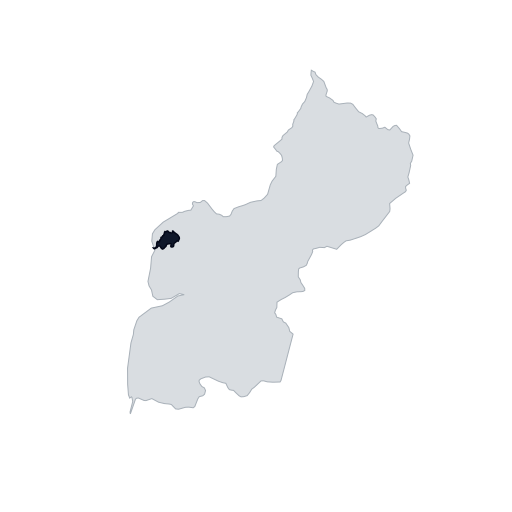 VI-1 East Berbice/W.Canje, East Berbice-Corentyne, Guyana (highlighted), rotated 233°
{"feature_id": "73187651B47242148474539", "entity_name": "VI-1 East Berbice/W.Canje", "entity_type": "district", "adm_level": 2, "iso_a3": "GUY", "parent_name": "Guyana", "parent_adm1": "East Berbice-Corentyne", "projection": "robinson", "projection_center": [-57.533, 6.069], "detail": "fine", "context": "in_parent", "style": "filled", "palette": "ink", "viewbox_px": 512, "rotation_deg": 233, "n_neighbors": 0, "source": "geoboundaries", "source_scale": "gbopen_adm2", "svg_char_len": 5661}
<svg xmlns="http://www.w3.org/2000/svg" viewBox="0 0 512 512"><g transform="rotate(233 256 256)"><path d="M171.3,238.6L161.4,226.1L151.4,213.5L141.6,201.1L140.9,199.4L145.0,193.6L148.7,189.3L151.8,186.9L153.2,184.8L152.2,175.7L152.2,172.4L150.8,168.9L149.8,164.9L151.0,161.6L152.5,159.3L154.4,158.4L159.0,157.6L162.2,157.2L163.4,155.9L165.3,154.3L167.7,154.3L172.5,155.3L174.7,153.3L178.7,150.6L187.7,145.9L189.7,142.9L191.1,138.1L191.0,135.9L190.1,135.0L187.8,134.3L184.4,134.2L181.7,135.4L178.9,134.7L176.6,131.8L176.4,129.4L177.8,126.0L177.0,123.7L172.6,116.5L172.6,114.5L175.8,111.3L177.7,108.5L180.2,102.0L182.2,99.8L188.4,99.0L190.0,97.6L193.2,94.1L197.9,90.2L204.8,87.0L206.7,81.2L207.9,79.7L213.4,76.6L214.3,75.0L214.2,73.6L205.5,60.6L207.2,61.5L214.0,70.0L217.7,71.8L218.5,71.8L218.5,69.6L221.9,70.6L230.8,76.3L243.7,85.9L261.9,103.9L267.1,110.8L270.6,114.0L276.0,121.9L277.5,125.7L277.4,141.0L272.6,151.3L271.4,159.1L271.1,169.5L268.3,175.4L272.1,172.2L273.2,162.8L276.4,157.2L280.5,150.9L285.9,149.4L291.8,152.1L296.5,152.6L300.7,154.4L309.6,164.4L318.3,172.2L321.4,178.6L330.6,181.7L336.1,186.7L337.8,191.0L338.9,202.3L337.1,219.3L337.6,220.2L335.1,223.6L334.7,225.7L333.1,229.5L331.8,231.5L333.7,236.2L335.7,236.5L336.5,237.1L337.0,238.0L336.9,239.0L336.1,239.9L334.1,241.0L332.3,243.7L332.4,246.7L331.2,248.3L327.4,249.1L320.0,249.1L316.3,249.3L313.4,249.8L311.5,251.8L309.1,253.1L307.1,253.5L305.4,255.7L303.8,258.9L304.3,261.1L306.1,264.0L307.1,267.0L305.7,271.9L304.3,275.6L303.4,278.4L302.2,283.9L299.4,290.0L297.3,293.4L297.3,297.1L298.3,302.4L304.2,310.2L306.1,313.9L307.7,319.8L313.0,324.4L316.3,328.2L316.0,333.2L316.4,334.7L318.5,336.0L321.0,337.0L323.8,336.9L326.2,336.5L326.8,335.8L332.5,335.7L333.2,336.9L333.5,344.1L333.7,347.0L335.1,348.2L335.9,349.9L336.0,351.5L336.2,355.6L337.1,357.7L336.9,361.9L337.5,363.5L339.1,364.6L341.1,367.7L341.9,368.0L342.2,369.1L344.0,373.5L344.8,374.8L345.4,375.0L345.7,376.5L346.9,380.6L347.8,381.6L349.4,384.6L350.0,387.9L352.1,391.6L354.3,394.2L355.3,396.8L358.0,402.8L360.7,407.0L364.3,408.0L367.3,408.6L369.2,410.2L371.1,412.0L369.1,412.8L367.3,413.8L364.8,413.0L361.4,413.4L357.8,414.6L354.5,415.2L348.2,413.3L346.3,413.1L345.0,412.3L342.4,408.6L341.2,408.1L337.9,409.9L333.9,411.1L331.9,410.8L329.6,412.1L327.4,413.7L323.3,420.9L321.2,423.5L318.9,424.6L314.3,424.6L309.4,424.8L305.8,426.6L302.4,427.5L300.7,427.6L300.1,431.5L299.3,433.4L298.2,434.4L295.6,434.7L293.2,434.6L291.7,432.9L289.0,432.1L286.6,431.5L285.1,430.6L283.9,430.8L282.8,432.5L282.0,433.9L281.3,436.4L277.6,437.3L276.1,438.7L277.0,443.6L276.6,445.5L275.8,446.9L271.4,447.2L267.7,447.1L265.6,448.9L262.9,451.0L261.3,451.4L259.3,451.2L256.8,448.8L254.4,445.9L248.2,443.8L242.0,442.1L238.0,437.4L237.1,435.0L235.2,434.0L230.4,428.4L227.7,424.8L224.9,423.9L221.6,422.4L221.7,419.8L221.5,417.3L220.1,416.3L218.1,415.6L217.4,414.2L217.6,410.9L218.0,402.4L217.5,394.3L213.1,391.5L211.1,389.6L207.8,377.6L206.2,372.2L206.2,368.2L207.3,356.2L208.5,351.0L212.0,340.7L213.9,337.1L214.0,334.5L213.8,331.1L212.8,324.5L218.6,320.3L221.1,318.5L221.5,315.7L224.6,312.1L225.9,308.7L227.1,306.1L226.8,304.7L225.4,303.9L223.8,301.3L220.5,294.0L219.3,292.5L218.3,290.5L218.8,287.2L220.1,283.7L220.0,282.3L218.0,280.4L213.9,277.2L210.4,277.0L207.8,275.9L203.9,275.7L200.8,275.4L199.1,274.2L199.4,272.3L200.2,270.8L202.8,267.1L204.6,263.2L204.8,259.3L205.3,254.3L206.1,249.9L206.5,245.0L202.4,241.7L201.1,239.0L199.4,236.7L197.5,236.7L194.7,235.7L190.3,238.8L186.9,238.2L184.5,239.4L179.0,239.1L175.5,237.6L171.3,238.6Z" fill="#d9dde1" stroke="#a8b0b8" stroke-width="1"/><path d="M319.1,206.1L319.5,206.2L320.0,206.0L320.5,206.0L321.0,205.9L321.5,205.7L321.9,205.6L322.4,205.4L322.8,205.3L323.3,205.2L323.8,205.0L324.5,204.9L325.7,204.8L326.1,204.4L325.8,204.1L325.4,204.3L325.0,203.9L325.0,203.4L325.1,202.8L325.2,202.3L325.5,201.9L325.9,201.8L326.4,201.6L326.7,201.2L327.0,200.8L327.6,200.7L328.0,200.7L328.5,200.6L329.0,200.6L329.4,200.2L329.5,199.7L329.5,199.2L329.4,198.7L329.8,198.3L329.9,198.1L330.3,198.0L330.2,197.5L329.9,197.1L329.6,196.8L329.2,196.5L328.9,195.9L328.8,195.5L328.3,195.1L328.0,194.8L328.1,194.2L328.3,193.7L328.0,193.2L327.8,192.7L327.8,192.3L327.9,191.8L328.0,191.3L327.4,190.9L327.1,190.6L326.9,190.1L326.6,189.7L326.5,189.2L326.6,188.6L326.3,188.2L325.8,187.8L325.5,187.5L325.3,187.1L325.6,186.6L326.0,186.5L326.4,186.5L326.8,186.3L326.8,185.9L326.7,185.4L326.4,185.0L326.1,184.6L325.6,184.1L325.2,183.8L324.8,183.5L324.5,183.2L324.1,182.9L323.6,182.4L323.3,182.0L323.3,181.6L323.2,181.1L323.2,180.5L323.1,180.0L324.1,178.9L323.6,178.9L323.1,179.1L322.7,179.6L322.6,180.3L322.6,180.7L322.7,180.8L322.3,181.6L322.3,181.8L322.3,182.3L322.5,182.8L322.6,183.2L322.7,183.9L322.6,184.5L322.3,184.8L321.9,185.1L321.5,185.2L321.0,185.2L320.6,185.2L320.0,185.1L319.5,185.1L319.0,185.1L318.6,185.2L318.2,185.3L317.7,185.6L317.6,186.1L317.6,186.5L317.5,187.1L317.6,187.6L317.8,188.1L317.8,188.7L317.8,189.2L317.9,189.7L318.0,190.1L318.3,190.5L318.6,190.9L318.9,191.5L318.9,192.0L318.8,192.5L318.6,193.1L318.3,193.5L318.0,194.0L317.8,194.5L317.4,195.1L317.1,195.3L316.6,195.4L316.3,195.2L315.9,194.8L315.6,194.4L315.3,194.0L314.8,193.7L314.4,193.7L314.0,194.0L313.7,194.4L313.5,194.8L313.4,195.3L313.3,195.8L313.7,196.2L314.0,196.7L314.3,197.0L314.7,197.2L315.0,197.6L315.3,198.0L315.4,198.5L315.4,199.0L315.4,199.5L315.4,200.0L315.4,200.5L315.5,201.0L315.7,201.5L315.7,202.0L315.5,202.5L315.1,202.4L314.7,202.6L314.7,203.0L315.0,203.4L315.3,203.9L315.5,204.4L315.7,204.8L316.1,205.3L316.5,205.6L316.9,205.8L317.3,206.0L317.8,206.0L318.2,206.0L318.6,206.1L319.1,206.1Z" fill="#0f172a" stroke="#020617" stroke-width="1.5"/></g></svg>